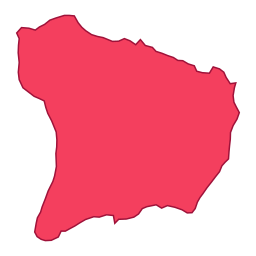 outline of Jeriquara, São Paulo, Brazil
{"feature_id": "56859067B66998446193520", "entity_name": "Jeriquara", "entity_type": "district", "adm_level": 2, "iso_a3": "BRA", "parent_name": "Brazil", "parent_adm1": "São Paulo", "projection": "robinson", "projection_center": [-47.576, -20.342], "detail": "fine", "context": "isolated", "style": "filled", "palette": "rose", "viewbox_px": 256, "rotation_deg": 0, "n_neighbors": 0, "source": "geoboundaries", "source_scale": "gbopen_adm2", "svg_char_len": 1483}
<svg xmlns="http://www.w3.org/2000/svg" viewBox="0 0 256 256"><path d="M16.7,33.0L19.2,38.6L18.5,45.2L18.2,52.8L19.2,62.5L18.3,72.2L19.2,79.7L23.0,87.8L29.8,93.0L34.1,96.3L39.0,98.4L44.2,100.9L45.8,107.4L47.8,113.4L51.7,120.9L56.2,132.0L56.9,140.0L56.7,147.0L55.9,153.5L56.4,166.6L54.6,176.0L52.9,181.4L48.2,190.9L45.3,198.9L42.1,207.0L40.6,212.1L37.4,217.8L36.2,223.3L34.7,232.0L37.1,236.6L41.1,239.3L45.3,240.6L51.3,240.3L58.3,237.0L61.1,231.1L65.4,231.1L70.3,228.4L74.8,226.0L79.5,223.0L85.5,219.5L93.8,216.7L99.3,217.1L106.5,214.8L113.4,215.5L114.8,223.3L118.7,219.3L126.4,219.0L133.9,217.1L138.5,214.0L142.3,208.6L146.8,206.7L156.2,204.8L161.6,208.1L167.4,205.6L175.0,207.3L182.1,209.8L187.2,212.9L192.0,212.7L195.2,208.6L197.4,202.1L200.0,197.5L203.0,193.5L207.0,187.7L211.5,182.0L215.2,177.1L219.5,171.7L221.9,165.8L225.1,162.2L228.5,158.9L229.0,151.6L229.6,145.3L230.3,139.1L230.5,132.5L233.1,125.6L237.0,119.1L239.3,112.6L236.2,106.8L233.9,102.2L233.1,95.6L234.4,87.8L235.8,82.9L230.2,83.7L226.1,77.4L223.8,72.2L219.5,68.9L213.2,66.9L209.4,73.2L202.3,72.7L196.7,71.2L194.3,65.8L188.2,63.9L182.8,60.7L177.8,60.4L173.4,57.5L167.7,55.6L162.0,53.3L156.0,51.4L152.4,47.4L145.3,45.5L140.4,39.6L135.7,44.7L130.0,40.8L124.4,38.6L118.6,41.2L112.4,41.4L103.1,37.6L97.6,36.5L91.5,34.6L85.8,30.8L81.8,27.3L78.1,22.7L74.3,15.9L69.1,15.4L64.4,15.4L55.9,18.0L49.8,20.2L44.6,24.4L39.4,27.0L35.3,30.1L28.9,28.2L21.5,27.6L16.7,33.0Z" fill="#f43f5e" stroke="#9f1239" stroke-width="1.5"/></svg>